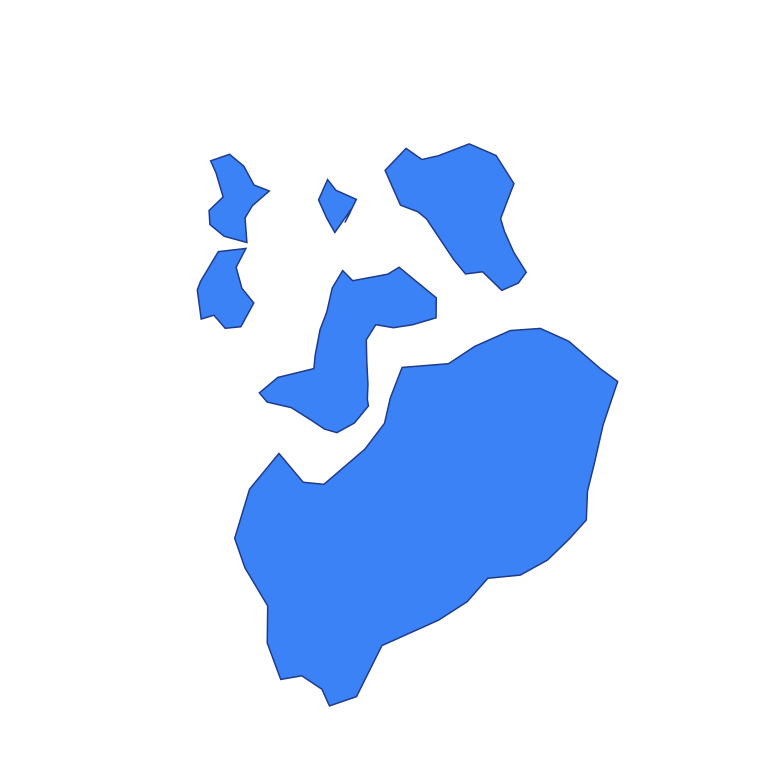 outline of Ganghwa-gun, Gyeonggi, South Korea, rotated 66°
{"feature_id": "91817680B24929628173287", "entity_name": "Ganghwa-gun", "entity_type": "district", "adm_level": 2, "iso_a3": "KOR", "parent_name": "South Korea", "parent_adm1": "Gyeonggi", "projection": "orthographic", "projection_center": [126.329, 37.696], "detail": "fine", "context": "isolated", "style": "filled", "palette": "blue", "viewbox_px": 768, "rotation_deg": 66, "n_neighbors": 0, "source": "geoboundaries", "source_scale": "gbopen_adm2", "svg_char_len": 1712}
<svg xmlns="http://www.w3.org/2000/svg" viewBox="0 0 768 768"><g transform="rotate(66 384 384)"><path d="M590.5,254.5L564.7,241.7L541.4,223.6L510.4,200.4L476.8,169.5L458.7,179.8L420.0,197.9L396.8,218.6L386.5,247.0L386.5,285.8L391.7,316.8L376.2,360.7L399.4,384.0L420.1,399.5L435.7,427.9L451.2,479.7L440.9,497.8L404.7,508.2L425.4,549.6L464.3,583.2L495.4,585.8L539.4,580.5L573.1,596.0L611.9,598.5L617.1,577.8L637.7,564.8L653.0,564.8L655.9,564.7L658.4,536.3L622.1,492.3L622.0,463.9L621.9,430.2L616.7,396.6L603.7,368.2L614.0,337.2L611.3,306.2L600.9,277.8L590.5,254.5ZM353.0,498.1L367.9,478.3L387.8,465.0L401.0,456.7L409.3,446.8L407.6,426.9L397.7,407.1L391.1,405.4L377.8,398.8L356.3,390.5L336.4,382.2L326.5,367.4L336.4,352.5L341.4,334.3L344.7,309.5L326.5,301.2L296.8,316.1L283.5,322.7L285.2,335.9L276.9,370.6L263.6,375.6L275.2,392.2L295.1,407.1L308.3,420.3L329.8,435.2L341.4,441.8L334.8,478.3L341.4,501.5L353.0,498.1ZM280.3,210.2L265.4,195.4L253.8,183.8L220.8,188.7L199.3,208.5L197.6,241.6L194.3,258.1L177.7,268.0L189.3,296.1L210.8,296.2L227.3,296.2L240.5,283.0L250.5,278.0L298.4,269.8L316.6,264.8L321.6,248.3L346.4,238.3L346.4,220.2L339.8,208.6L316.6,211.9L293.5,211.9L280.3,210.2ZM217.2,471.6L204.0,455.0L195.7,481.5L215.5,509.7L222.1,516.3L250.3,524.6L252.0,511.4L268.5,506.4L273.5,491.5L257.0,470.0L238.7,474.9L217.2,471.6ZM199.0,451.7L175.8,443.4L167.6,431.8L161.0,410.3L149.4,421.8L127.9,423.5L111.3,431.7L109.6,451.6L122.9,451.6L147.7,454.9L154.3,473.2L167.5,478.2L184.1,469.9L199.0,451.7ZM212.4,344.1L204.1,334.2L187.5,349.1L174.3,352.4L189.2,368.9L209.0,368.9L225.6,367.3L210.7,342.5L212.4,344.1ZM212.4,344.1L220.6,354.1L214.0,345.8L212.4,344.1Z" fill="#3b82f6" stroke="#1e3a8a" stroke-width="1.5"/></g></svg>